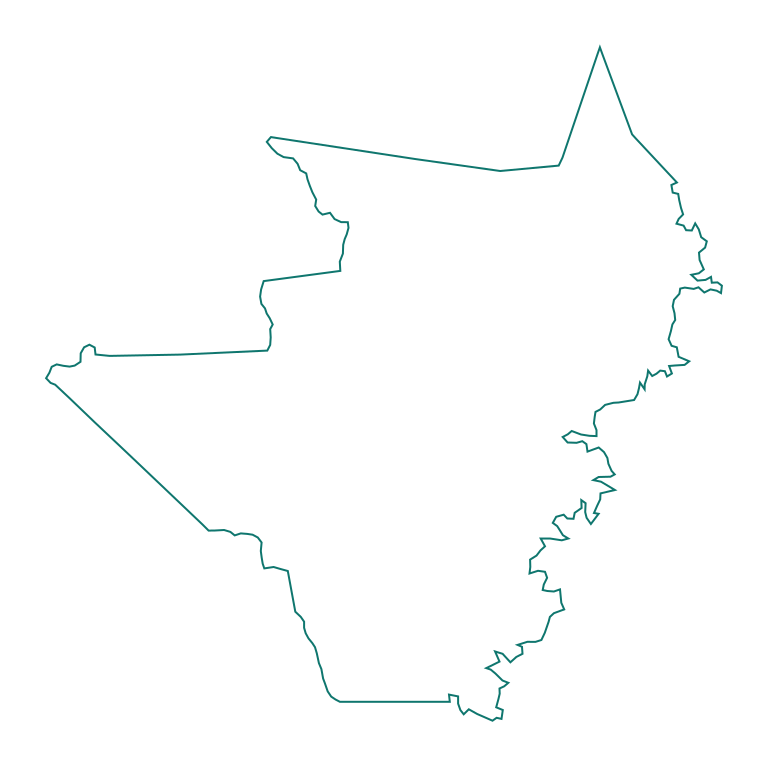 Caridade, Ceará, Brazil
{"feature_id": "56859067B82904278337495", "entity_name": "Caridade", "entity_type": "district", "adm_level": 2, "iso_a3": "BRA", "parent_name": "Brazil", "parent_adm1": "Ceará", "projection": "orthographic", "projection_center": [-39.078, -4.195], "detail": "fine", "context": "isolated", "style": "outline", "palette": "teal", "viewbox_px": 768, "rotation_deg": 0, "n_neighbors": 0, "source": "geoboundaries", "source_scale": "gbopen_adm2", "svg_char_len": 3467}
<svg xmlns="http://www.w3.org/2000/svg" viewBox="0 0 768 768"><path d="M266.8,141.9L271.8,148.2L277.4,153.7L283.6,157.1L293.1,158.4L297.6,163.8L300.2,170.2L306.2,173.4L307.5,179.3L309.8,185.8L312.4,192.3L316.2,199.6L315.2,206.0L318.6,211.5L322.5,214.6L330.0,212.8L334.6,219.1L341.1,222.1L347.8,222.2L348.5,227.9L346.7,234.4L344.7,239.1L343.2,244.8L342.9,253.6L339.8,261.6L340.3,270.9L263.7,281.1L261.1,289.5L260.1,296.6L261.4,303.9L265.0,308.4L266.7,313.5L269.7,318.2L272.7,324.5L270.2,329.1L270.7,337.4L270.2,344.9L267.3,350.6L180.1,354.6L109.7,355.9L95.5,354.5L94.7,347.5L89.4,344.7L84.1,347.3L80.7,353.3L80.5,361.8L74.7,365.6L69.6,366.6L63.3,365.8L56.7,364.4L51.7,366.8L49.4,372.7L46.1,378.2L50.6,382.9L55.2,384.7L70.1,398.7L94.7,422.3L120.5,446.6L143.6,468.5L202.6,524.6L208.6,530.6L215.1,530.5L224.1,530.0L230.4,531.9L234.7,535.4L240.8,533.4L247.2,533.9L252.6,534.7L257.8,537.5L261.6,542.5L260.8,551.0L261.7,557.7L262.7,563.7L264.3,568.4L273.6,567.0L280.5,569.0L287.8,571.0L295.3,611.7L300.8,616.9L304.1,621.7L304.1,627.8L305.7,633.3L308.5,638.4L312.4,643.2L315.0,647.2L316.8,653.3L318.9,663.1L321.4,669.1L323.1,678.5L324.9,683.3L327.7,691.4L331.2,696.6L335.5,699.5L339.9,701.8L420.3,701.8L449.8,701.8L449.0,694.6L458.1,696.4L458.1,703.6L460.4,710.1L463.7,714.3L468.8,709.3L477.2,714.0L486.6,718.1L492.5,720.7L496.6,717.8L501.5,718.9L502.8,710.0L496.2,707.3L498.4,699.2L499.7,693.7L499.5,688.5L504.2,686.3L508.3,682.8L502.5,680.5L495.4,673.5L490.7,669.6L486.3,668.1L499.5,661.6L495.1,651.5L502.6,653.8L510.4,662.3L516.4,656.9L522.5,653.8L522.0,646.8L517.6,644.9L527.4,641.8L535.4,641.9L541.4,640.0L544.8,632.8L548.6,621.8L549.9,616.9L553.9,613.2L564.2,609.4L561.3,602.8L560.0,589.4L553.9,591.5L547.3,591.0L542.7,590.0L543.8,584.5L547.1,577.8L545.0,571.8L538.0,570.8L529.5,573.5L530.3,567.0L530.1,559.6L536.5,555.6L540.5,550.4L545.0,546.3L540.7,538.5L549.9,538.5L561.8,540.3L568.3,538.5L562.9,535.2L559.8,530.2L557.2,526.1L552.8,522.9L556.2,516.8L563.7,514.7L567.3,518.5L573.5,518.8L574.7,512.8L581.6,508.0L581.3,500.1L585.6,503.2L585.2,512.1L586.6,517.8L590.9,524.0L595.2,518.3L598.6,513.8L594.0,513.0L597.1,505.9L600.2,499.4L600.5,493.4L614.9,490.0L601.0,481.7L593.4,480.1L598.6,477.0L610.5,476.7L614.7,474.4L611.6,470.9L608.4,463.8L607.4,458.0L604.0,452.1L598.7,447.5L587.5,451.6L586.4,444.1L582.3,441.2L576.6,442.8L567.6,442.5L562.7,437.0L567.8,434.3L571.7,431.0L581.0,434.5L589.4,435.8L596.5,436.1L596.5,430.1L593.9,423.5L594.7,416.8L595.5,411.9L600.2,409.5L605.1,404.9L613.4,402.8L618.6,402.5L634.1,400.0L637.5,394.2L639.0,388.1L640.0,382.6L644.6,389.3L644.7,384.4L647.3,376.3L648.1,370.6L652.2,376.0L656.5,373.7L660.2,370.6L664.9,371.2L667.0,376.5L671.9,373.5L669.1,366.0L674.8,365.5L684.6,364.9L689.2,361.3L678.6,356.8L676.8,347.3L671.6,345.8L668.6,339.2L670.9,331.1L672.4,324.4L675.2,320.0L674.5,313.2L672.7,306.2L674.0,299.8L679.4,293.8L680.2,288.6L684.8,287.6L693.7,288.9L698.5,287.3L704.3,292.5L710.5,289.4L716.7,290.7L721.0,293.1L721.9,285.7L717.5,282.4L711.8,282.7L711.0,276.9L705.6,279.9L697.5,280.6L691.3,274.8L698.8,273.3L703.8,269.4L699.6,260.0L699.0,252.6L705.1,247.6L706.8,241.3L701.2,237.2L698.8,229.4L695.2,223.4L691.8,230.5L686.1,230.2L683.6,225.6L676.5,223.7L678.7,218.9L683.1,214.4L681.0,207.9L679.2,200.1L678.2,193.9L672.7,192.6L671.4,185.0L676.9,182.5L636.0,138.7L632.1,134.4L602.5,54.5L599.9,47.3L597.4,54.5L562.5,157.6L558.7,165.6L500.2,171.0L415.7,159.1L270.9,137.1L266.8,141.9Z" fill="none" stroke="#0f766e" stroke-width="2"/></svg>